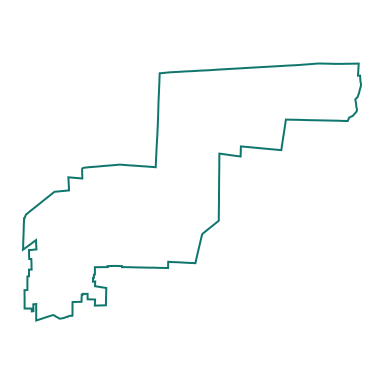 Chapultepec, México, Mexico
{"feature_id": "50627088B16743995066906", "entity_name": "Chapultepec", "entity_type": "district", "adm_level": 2, "iso_a3": "MEX", "parent_name": "Mexico", "parent_adm1": "México", "projection": "equal_earth", "projection_center": [-99.553, 19.204], "detail": "fine", "context": "isolated", "style": "outline", "palette": "teal", "viewbox_px": 384, "rotation_deg": 0, "n_neighbors": 0, "source": "geoboundaries", "source_scale": "gbopen_adm2", "svg_char_len": 3100}
<svg xmlns="http://www.w3.org/2000/svg" viewBox="0 0 384 384"><path d="M240.6,156.5L240.9,146.4L246.3,146.9L251.7,147.4L257.1,147.9L262.4,148.4L267.8,148.9L273.2,149.4L281.3,150.1L282.2,144.0L283.1,137.9L284.1,131.8L285.0,125.7L285.9,119.6L291.1,119.7L296.2,119.8L301.4,119.9L306.5,120.1L311.7,120.2L316.8,120.3L322.0,120.4L327.1,120.5L332.3,120.6L337.4,120.7L342.6,120.9L347.7,121.0L348.0,120.3L349.1,117.7L351.1,116.6L352.7,116.0L356.6,111.5L357.0,109.8L356.6,107.8L356.2,105.7L356.1,103.5L355.4,100.3L355.5,99.0L357.5,97.2L358.7,94.0L360.3,88.0L361.0,85.6L361.0,84.2L360.4,81.0L360.1,75.7L358.0,75.7L358.7,63.6L351.9,63.7L345.0,63.8L340.1,63.9L335.2,63.9L328.8,63.7L323.6,63.6L318.4,63.5L313.2,63.9L308.0,64.3L302.7,64.7L297.5,65.1L292.3,65.4L287.2,65.6L282.8,65.9L277.5,66.2L272.2,66.5L266.8,66.8L261.5,67.1L256.2,67.4L250.9,67.7L244.2,68.1L237.5,68.5L232.2,68.8L227.0,69.1L221.7,69.4L216.4,69.7L211.2,70.1L205.9,70.4L200.9,70.6L195.9,70.9L190.9,71.2L185.9,71.4L181.0,71.7L176.0,72.0L169.9,72.3L169.2,72.4L164.8,72.8L159.7,73.3L159.4,81.3L159.0,91.0L158.5,102.0L158.2,113.3L157.9,122.6L157.3,135.5L156.6,147.6L156.0,160.6L155.7,167.2L150.3,166.8L145.2,166.4L140.1,166.1L135.0,165.7L129.9,165.4L124.8,165.0L119.7,164.6L114.6,165.1L109.5,165.5L104.4,165.9L99.3,166.4L94.2,166.8L89.0,167.2L83.6,167.8L82.7,168.2L82.1,168.9L82.3,178.5L75.4,177.9L68.4,177.3L68.8,185.7L69.0,189.7L69.0,190.4L67.1,190.6L60.8,191.2L54.5,191.8L49.7,195.6L44.9,199.4L40.2,203.2L35.4,207.0L30.6,210.8L25.9,214.7L24.4,218.6L24.1,218.5L23.8,225.7L23.6,233.0L23.3,240.8L23.1,248.6L23.0,249.7L26.9,246.9L36.0,240.1L36.2,244.8L36.4,249.4L31.7,249.9L30.4,250.0L29.0,250.1L29.0,252.3L29.1,254.6L29.1,256.9L29.2,259.0L31.3,259.0L31.4,261.3L31.5,263.3L31.5,265.9L31.6,269.6L29.0,269.6L29.0,273.0L29.0,276.3L27.4,276.5L27.4,283.2L27.4,289.9L26.0,290.1L24.5,290.2L24.6,299.4L24.6,308.5L28.1,308.5L31.7,308.6L31.7,310.0L31.8,311.4L33.4,311.2L33.3,304.3L34.8,304.2L36.2,304.0L36.2,307.7L36.2,310.7L36.2,312.3L36.2,314.1L36.2,316.3L36.2,320.5L41.8,318.7L47.4,316.8L50.4,315.9L52.6,315.2L53.8,315.2L54.7,315.7L55.4,316.3L56.6,316.9L58.1,317.8L59.6,318.7L61.2,318.5L62.9,318.2L65.0,317.6L67.5,316.6L67.9,316.8L68.6,316.3L69.5,315.9L70.6,315.7L71.7,315.9L72.5,315.7L72.5,311.4L72.5,306.8L72.5,304.6L72.6,302.0L81.5,301.8L81.6,298.3L81.7,294.9L82.6,294.9L82.6,293.9L87.6,293.9L87.6,299.3L95.1,299.5L94.8,305.6L105.9,305.3L106.3,288.0L95.0,286.2L95.2,281.5L93.0,281.7L93.1,277.8L93.9,277.8L93.9,274.7L94.9,274.5L94.9,267.2L107.7,267.1L107.6,266.1L115.6,265.9L122.0,266.1L122.0,267.1L122.7,267.1L129.3,267.2L132.6,267.3L142.0,267.5L150.6,267.7L152.0,267.7L153.9,267.7L157.5,267.8L161.7,267.9L166.0,268.0L168.1,268.0L168.2,261.8L173.4,262.1L178.6,262.3L183.8,262.6L189.0,262.9L194.2,263.1L195.4,263.2L197.0,256.0L198.7,248.8L200.4,241.6L202.1,234.4L203.2,233.2L203.4,233.1L203.5,233.0L208.6,228.9L213.7,224.8L218.8,220.7L218.8,214.0L218.9,207.3L219.0,200.6L219.0,193.9L219.1,187.2L219.1,180.5L219.2,173.7L219.3,167.0L219.3,160.3L219.4,153.6L224.7,154.3L230.0,155.1L235.3,155.8L240.6,156.5Z" fill="none" stroke="#0f766e" stroke-width="2"/></svg>